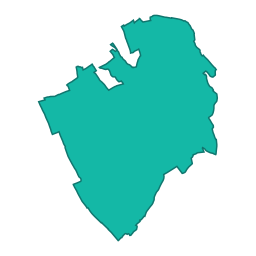 Tatarani, Vaslui, Romania (Mercator projection)
{"feature_id": "2599482B87780685319921", "entity_name": "Tatarani", "entity_type": "district", "adm_level": 2, "iso_a3": "ROU", "parent_name": "Romania", "parent_adm1": "Vaslui", "projection": "mercator", "projection_center": [27.934, 46.697], "detail": "fine", "context": "isolated", "style": "filled", "palette": "teal", "viewbox_px": 256, "rotation_deg": 0, "n_neighbors": 0, "source": "geoboundaries", "source_scale": "gbopen_adm2", "svg_char_len": 5687}
<svg xmlns="http://www.w3.org/2000/svg" viewBox="0 0 256 256"><path d="M118.2,240.6L118.9,240.1L120.8,237.9L121.3,237.7L121.7,237.7L123.1,235.6L124.7,234.0L125.3,233.7L125.8,233.6L126.4,233.8L127.2,234.3L128.0,233.8L128.3,233.7L128.5,233.7L129.3,234.4L129.7,235.1L129.8,235.4L130.8,235.3L132.0,233.8L132.8,232.9L133.1,232.3L133.6,231.8L134.1,231.3L135.6,230.3L136.5,229.5L136.6,229.3L136.7,228.7L137.0,227.5L137.1,226.4L137.0,226.1L136.8,225.8L135.8,225.3L137.0,223.9L140.0,221.4L140.1,221.0L139.7,220.2L139.9,220.0L140.8,219.9L141.2,219.7L142.4,218.4L144.0,216.3L144.8,216.4L144.9,216.0L146.2,212.3L146.7,211.4L149.9,207.1L151.9,204.7L152.8,203.3L153.3,201.8L153.8,200.7L154.1,199.8L154.2,197.3L154.8,195.7L156.3,192.4L157.0,191.5L158.5,189.7L159.5,187.3L160.4,185.4L161.7,182.9L162.8,181.0L163.4,179.7L163.8,178.4L164.0,176.6L163.7,174.5L167.4,172.4L176.9,166.4L182.2,173.4L183.1,173.2L184.9,172.4L185.7,171.4L186.7,169.6L187.8,168.1L188.9,166.8L192.1,163.9L192.3,163.5L191.2,158.1L192.1,157.4L192.7,156.6L192.8,156.0L193.1,155.6L193.2,155.0L193.2,154.7L193.4,154.6L194.4,154.4L196.5,153.5L197.3,152.8L204.0,152.0L202.4,148.1L202.6,147.6L203.6,148.1L205.0,149.2L205.7,150.2L206.3,150.8L208.2,151.8L210.4,152.8L213.2,153.4L213.4,153.7L214.4,154.1L215.7,154.6L216.0,154.0L216.3,150.7L216.8,146.3L216.8,144.5L216.6,142.6L216.3,139.5L216.2,139.5L215.8,139.5L215.7,139.3L214.8,137.4L213.9,134.6L213.0,132.4L212.2,128.9L213.3,127.4L213.4,127.2L213.2,127.0L213.4,126.3L213.2,125.3L212.0,123.6L209.8,119.7L208.8,118.4L208.6,117.9L208.8,117.4L210.8,116.0L212.1,115.0L212.7,113.8L213.1,112.7L213.6,110.7L213.9,108.4L213.9,105.5L214.4,104.3L215.6,102.6L216.6,101.5L216.9,100.6L217.3,98.0L216.8,94.0L213.8,91.6L213.0,90.8L213.4,90.5L213.3,89.9L212.3,88.3L211.8,87.6L211.2,87.3L210.1,86.7L209.5,86.1L209.0,85.3L207.9,83.3L207.4,81.7L206.5,78.4L206.5,77.1L206.5,76.3L206.0,75.1L205.5,74.5L205.2,74.8L204.7,74.4L204.5,74.6L203.2,73.2L205.8,71.1L207.0,72.0L207.9,73.0L208.8,74.1L210.1,76.1L211.4,76.8L212.9,77.1L215.2,75.2L215.3,74.9L215.3,74.3L215.2,72.4L215.3,71.0L215.4,70.2L215.7,69.9L216.2,69.7L215.2,68.1L214.1,67.2L211.8,64.7L207.6,59.7L204.4,56.6L203.3,55.2L202.8,55.7L202.5,55.9L202.1,55.9L201.9,55.4L201.3,54.9L201.1,54.2L200.9,53.9L200.6,53.7L200.5,52.6L200.1,52.2L200.0,51.9L200.0,50.3L199.6,49.6L198.6,48.8L196.8,47.4L195.3,45.3L195.2,44.6L195.0,43.7L194.2,42.0L193.9,41.7L193.7,41.3L194.4,40.3L194.8,39.9L194.1,34.2L194.3,33.6L193.9,32.3L193.2,30.7L192.8,29.9L192.1,29.5L191.5,28.7L190.1,25.7L188.9,24.3L188.4,23.3L187.8,22.5L187.4,22.3L186.7,22.0L186.1,21.7L185.7,21.3L185.2,20.9L184.5,20.8L183.9,21.0L181.7,19.9L179.6,19.3L177.1,18.8L171.6,17.8L171.5,18.2L166.4,17.3L164.9,17.2L158.6,15.7L156.8,15.4L154.0,15.4L152.7,15.9L152.3,16.4L150.2,17.2L150.2,19.1L150.7,20.5L143.0,22.0L142.2,21.2L141.5,20.8L140.2,19.1L139.7,18.6L139.4,18.5L139.3,18.9L139.1,19.1L135.2,22.0L134.3,22.9L133.4,20.2L130.1,22.7L128.5,23.6L127.2,24.2L124.1,26.1L123.7,25.1L122.2,26.0L121.4,26.6L123.3,30.1L124.0,31.6L125.7,38.4L126.4,39.7L126.7,40.8L127.3,42.4L127.9,43.9L128.4,45.4L129.9,49.4L130.2,50.4L130.5,51.9L130.6,53.1L131.8,52.7L132.0,52.8L132.6,52.7L133.2,52.5L133.6,52.2L134.2,51.4L135.8,50.6L137.5,49.8L138.7,49.1L139.5,51.2L140.0,52.8L140.4,54.4L140.6,55.8L140.4,55.9L140.1,56.1L138.0,60.0L137.9,60.8L137.2,62.9L136.3,66.8L135.7,67.0L133.2,67.6L132.9,67.1L132.2,67.4L131.3,66.3L130.1,65.2L129.1,64.6L127.8,64.2L126.8,63.4L125.8,61.8L125.4,61.1L124.0,59.9L122.9,58.9L122.4,58.1L122.2,57.6L121.9,57.2L120.9,56.8L119.5,54.4L118.6,52.0L117.6,50.8L117.1,49.9L117.1,49.6L113.3,43.9L112.6,43.2L110.6,44.6L111.2,45.3L114.7,47.5L115.3,48.1L116.2,49.2L116.8,49.6L116.8,50.0L115.6,51.4L114.7,51.0L114.0,50.3L112.4,49.4L110.2,51.3L113.1,54.8L113.1,55.1L114.4,57.6L113.6,58.1L109.6,61.5L108.7,62.0L108.3,62.5L106.0,64.2L100.9,66.7L99.4,67.4L100.1,68.1L101.0,68.1L102.2,68.4L104.1,69.1L105.9,69.5L106.9,69.1L107.7,69.1L108.5,69.4L109.6,70.9L111.0,75.1L112.1,76.3L112.9,76.8L114.7,76.9L115.3,77.1L115.7,77.7L116.1,78.6L117.1,80.1L118.7,81.7L119.7,81.7L120.7,81.4L121.2,81.0L122.7,82.8L123.1,83.5L123.3,83.9L116.6,85.8L116.1,86.2L115.1,86.5L113.2,87.5L108.7,90.2L106.5,87.6L104.4,84.6L101.8,82.0L100.3,80.8L99.4,79.8L99.1,79.0L98.0,77.3L95.5,73.6L94.3,72.8L94.0,72.3L96.3,70.7L94.6,68.0L94.0,66.9L93.1,66.0L92.3,64.2L91.4,64.5L90.7,65.4L89.6,65.9L86.1,68.4L83.1,69.9L82.5,67.4L81.8,67.7L81.3,67.3L80.3,66.9L79.1,66.9L79.0,66.7L78.6,66.4L78.2,66.5L77.3,66.4L77.2,66.6L76.2,67.1L76.6,69.0L76.9,70.6L77.1,72.3L77.1,73.2L77.7,76.6L77.7,77.4L76.7,78.3L72.9,80.9L71.8,81.8L70.6,82.3L69.2,83.2L68.3,83.7L66.8,85.0L67.3,85.7L68.0,86.1L68.2,86.5L69.6,90.4L66.2,91.5L62.6,93.0L59.7,94.3L59.2,94.6L58.9,94.5L58.5,94.5L54.8,96.4L50.5,96.5L48.4,97.0L47.4,97.0L45.9,97.5L44.1,98.1L44.7,99.3L45.0,99.9L43.0,100.5L38.7,101.7L40.4,105.7L41.6,108.0L42.5,110.1L44.0,113.0L44.4,113.6L46.0,117.8L48.6,123.4L49.7,126.7L50.6,129.1L51.2,131.4L52.4,134.4L57.1,132.6L59.0,131.7L60.3,135.5L62.8,141.3L63.6,143.7L64.6,145.5L65.2,146.4L65.3,146.5L65.1,147.2L65.1,147.8L66.4,151.6L68.1,156.4L69.5,159.1L70.3,160.6L72.3,164.3L73.6,166.5L74.4,168.0L75.9,170.2L77.2,173.0L77.8,174.5L79.0,176.9L80.4,178.0L80.7,178.6L81.0,179.2L81.1,180.0L81.1,180.4L80.7,181.4L76.9,183.0L75.6,183.5L73.3,184.4L73.6,185.3L74.0,185.8L74.3,186.7L76.7,190.9L77.1,191.8L77.8,193.3L78.9,195.4L79.8,197.0L82.1,201.3L86.2,206.5L86.7,207.4L87.3,208.5L87.3,208.1L87.4,207.9L87.9,207.8L88.3,208.4L89.1,209.5L89.7,210.6L91.4,212.9L92.5,214.2L94.5,216.3L101.2,222.8L101.5,223.0L101.8,223.0L101.9,222.8L102.0,222.9L102.0,223.1L107.1,228.0L107.8,228.6L108.3,228.9L108.4,229.2L108.4,229.4L108.3,229.5L111.4,232.5L118.2,240.6Z" fill="#14b8a6" stroke="#0f766e" stroke-width="1.5"/></svg>